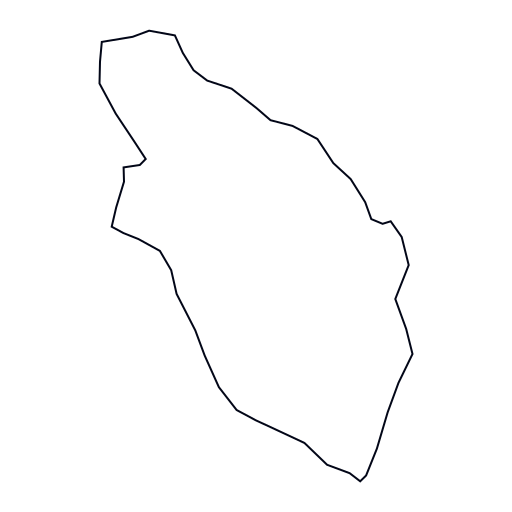 Agios Thomas, Limassol, Cyprus
{"feature_id": "46923920B96977805113919", "entity_name": "Agios Thomas", "entity_type": "district", "adm_level": 2, "iso_a3": "CYP", "parent_name": "Cyprus", "parent_adm1": "Limassol", "projection": "albers", "projection_center": [32.73, 34.71], "detail": "fine", "context": "isolated", "style": "outline", "palette": "ink", "viewbox_px": 512, "rotation_deg": 0, "n_neighbors": 0, "source": "geoboundaries", "source_scale": "gbopen_adm2", "svg_char_len": 751}
<svg xmlns="http://www.w3.org/2000/svg" viewBox="0 0 512 512"><path d="M101.8,41.9L100.0,61.7L99.5,83.5L115.7,113.6L134.4,141.7L145.7,159.0L139.8,165.0L123.6,167.4L124.0,181.7L116.2,207.4L111.7,226.7L123.5,233.1L138.3,239.0L159.9,250.9L171.2,270.2L176.6,293.9L195.3,330.4L204.7,355.6L218.9,387.2L236.6,410.0L255.8,420.3L280.4,431.7L304.5,443.0L327.1,464.8L349.7,473.2L360.2,481.3L366.1,475.5L376.9,448.6L387.7,412.2L398.5,382.8L412.5,354.0L406.2,329.0L395.3,299.0L408.7,265.1L401.7,237.0L390.7,221.3L382.6,223.8L371.3,219.1L365.2,202.2L350.7,179.1L333.3,163.1L317.4,139.0L292.5,125.9L270.5,120.2L256.4,108.0L231.6,88.7L207.2,80.6L193.6,70.3L182.8,52.9L174.9,35.4L149.1,30.7L132.7,36.8L101.8,41.9Z" fill="none" stroke="#020617" stroke-width="2"/></svg>